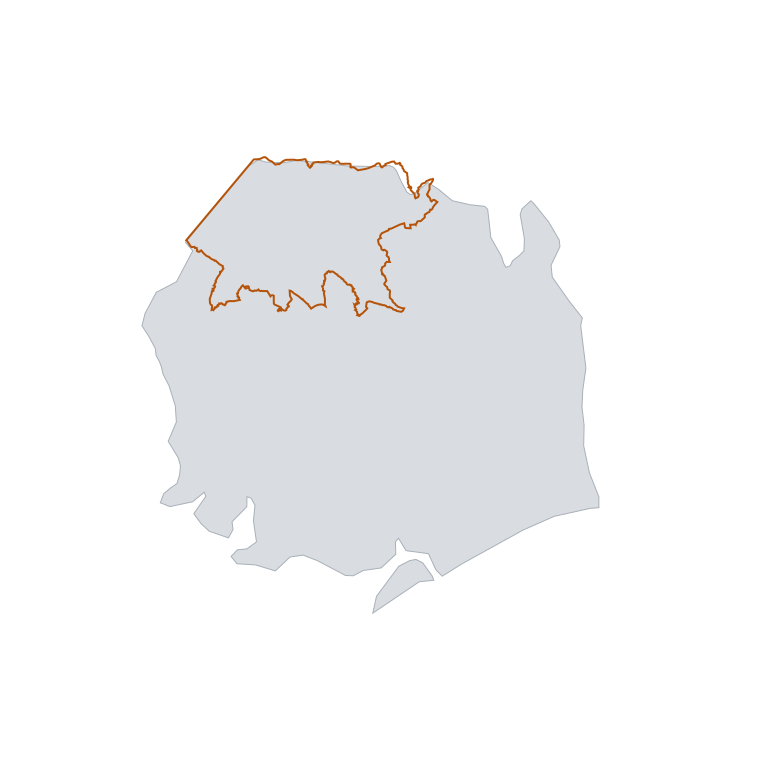 location of Koinadugu, Northern, Sierra Leone, rotated 310°
{"feature_id": "65957751B98964407864499", "entity_name": "Koinadugu", "entity_type": "district", "adm_level": 2, "iso_a3": "SLE", "parent_name": "Sierra Leone", "parent_adm1": "Northern", "projection": "albers", "projection_center": [-11.318, 9.329], "detail": "fine", "context": "in_parent", "style": "outline", "palette": "amber", "viewbox_px": 768, "rotation_deg": 310, "n_neighbors": 0, "source": "geoboundaries", "source_scale": "gbopen_adm2", "svg_char_len": 7717}
<svg xmlns="http://www.w3.org/2000/svg" viewBox="0 0 768 768"><g transform="rotate(310 384 384)"><path d="M618.8,378.7L618.4,383.6L613.9,406.3L606.9,425.7L602.3,430.5L582.4,435.6L574.0,444.2L566.7,471.8L562.1,493.4L555.2,497.1L526.0,528.4L506.9,540.3L493.6,550.5L481.0,563.8L465.0,576.7L448.0,598.4L435.7,621.1L427.4,628.1L421.1,621.7L392.0,599.4L361.3,584.3L296.0,559.2L274.2,552.1L275.0,543.3L282.6,527.1L270.5,508.0L275.2,494.2L270.5,494.2L261.1,502.5L241.2,500.0L228.0,488.1L217.3,483.7L212.6,477.6L205.8,446.3L200.9,432.0L191.0,423.2L171.0,420.9L162.8,401.8L151.8,386.9L153.6,377.7L162.7,378.3L169.7,385.0L181.1,387.8L195.4,371.8L208.1,363.2L211.1,355.6L209.6,351.4L201.8,357.8L180.8,356.1L175.5,361.9L166.1,363.7L158.9,344.9L159.4,333.8L162.4,321.7L183.6,319.7L185.5,315.8L170.8,313.1L152.5,298.8L149.2,289.0L158.4,285.8L167.1,287.3L174.6,289.4L182.8,286.0L190.5,280.7L195.2,273.8L201.4,255.5L221.4,249.4L233.1,238.2L244.3,220.8L249.5,208.5L254.1,202.4L257.0,197.2L259.2,191.3L264.2,186.0L269.4,173.0L273.0,161.2L284.5,155.6L307.9,150.6L328.9,159.3L363.1,151.9L364.9,140.8L396.2,140.6L433.2,140.5L464.0,140.3L474.6,143.3L478.5,151.5L488.6,164.5L499.2,173.5L512.4,193.2L527.7,216.1L544.3,236.7L554.9,248.0L556.1,251.9L555.4,256.3L550.2,266.9L545.7,278.3L546.2,282.6L549.3,284.7L566.6,288.2L568.2,300.9L568.3,318.5L576.7,334.8L584.8,346.9L584.4,351.2L564.8,371.8L557.2,392.2L553.4,398.0L551.8,402.5L555.8,404.7L561.1,403.3L568.7,405.0L576.0,405.6L585.5,398.2L601.4,379.4L606.8,377.1L618.8,378.7ZM267.9,544.2L265.6,548.3L255.2,538.1L201.3,522.7L216.6,514.7L254.0,512.5L265.2,517.2L270.1,521.2L271.9,528.6L267.9,544.2Z" fill="#d9dde1" stroke="#a8b0b8" stroke-width="1"/><path d="M571.1,290.7L572.4,290.0L572.5,289.6L571.7,289.4L570.8,288.2L566.4,286.0L564.8,286.2L562.1,284.5L560.1,284.5L559.0,284.9L556.4,284.1L555.1,285.7L553.7,285.3L553.4,286.1L552.6,285.9L551.8,287.8L551.8,288.5L551.2,289.2L549.3,290.0L546.5,288.8L546.9,287.7L549.2,285.2L549.7,279.8L550.9,278.7L551.7,278.9L552.2,278.4L552.1,277.9L550.7,277.8L550.5,276.3L551.9,276.4L552.7,274.0L553.8,272.5L554.8,272.2L555.8,270.7L557.8,269.0L558.7,267.7L560.4,266.2L560.0,262.7L561.2,260.3L561.2,259.5L562.2,258.6L562.5,257.5L562.3,255.4L562.7,255.0L563.3,254.9L563.5,253.9L561.6,252.9L560.3,251.3L560.9,248.7L559.3,247.1L553.5,243.7L552.6,244.6L551.8,243.9L548.6,243.2L548.5,242.1L550.0,238.9L549.5,237.8L548.0,236.8L545.5,236.5L539.7,233.5L536.7,231.5L530.9,226.6L530.8,222.6L530.2,220.9L528.6,219.5L528.7,218.6L529.8,218.1L530.9,217.1L530.7,216.1L525.1,209.6L524.5,208.2L525.2,205.9L524.2,204.7L522.0,204.1L520.7,203.2L518.7,198.3L513.8,193.7L511.4,190.4L508.3,187.6L507.4,188.1L506.5,187.6L505.4,188.2L504.8,187.9L504.5,188.3L504.2,187.9L503.3,188.5L502.1,188.3L502.6,184.9L503.4,184.9L504.2,181.9L504.9,182.0L504.8,181.0L505.7,179.5L505.1,178.6L502.9,176.9L499.7,173.8L497.9,170.8L492.9,165.0L490.5,163.6L485.0,162.4L484.2,161.1L482.6,160.2L482.2,159.6L482.4,155.2L481.4,152.0L481.6,148.9L481.4,147.1L480.1,145.9L477.9,145.0L475.9,143.7L472.3,139.9L367.0,140.1L367.1,140.8L365.8,145.6L365.3,146.2L365.2,148.5L367.3,150.8L366.7,151.8L367.8,153.1L367.0,153.9L366.8,154.7L365.7,155.1L365.7,156.1L366.3,157.4L367.2,157.8L368.2,157.7L368.9,158.2L368.2,161.3L368.0,165.9L368.6,167.1L368.5,168.0L369.0,168.9L368.7,169.8L369.0,172.3L369.9,174.3L369.5,175.0L370.3,175.9L370.0,180.9L370.7,184.8L369.4,185.7L369.2,186.8L365.7,187.2L365.4,186.8L364.7,187.0L364.4,186.4L362.9,187.6L358.9,187.8L354.5,188.8L354.1,189.8L352.0,189.9L351.1,190.4L350.0,190.3L350.3,191.4L350.0,192.1L347.8,192.3L346.8,191.4L346.3,191.8L347.0,192.0L346.9,192.5L346.1,193.3L345.5,193.5L344.2,192.6L342.7,193.7L337.2,195.8L334.2,198.6L333.4,200.3L333.7,201.4L333.0,202.4L329.9,204.4L330.6,204.8L330.8,205.7L331.3,205.5L332.1,205.9L333.0,205.3L333.9,205.9L334.3,205.4L335.3,206.3L336.8,206.7L336.8,206.0L337.6,205.8L339.5,206.8L339.9,206.7L340.0,206.3L341.5,207.8L341.6,208.6L341.2,209.0L342.0,211.2L342.4,210.9L343.0,211.5L344.0,211.1L345.1,211.1L345.8,210.5L346.4,210.9L347.3,211.9L348.1,212.2L351.1,215.9L355.7,219.5L356.3,217.6L357.0,217.5L357.2,216.6L356.6,216.6L357.0,215.3L357.8,215.1L358.8,213.3L359.8,213.8L361.2,212.9L363.5,212.4L364.4,212.7L367.3,212.2L368.9,212.5L368.1,216.5L368.6,216.9L369.3,215.4L370.1,215.6L371.6,217.3L371.5,217.9L370.8,217.9L370.3,218.3L370.6,219.2L369.6,220.6L370.7,223.9L371.6,224.6L372.3,224.6L373.5,226.4L375.7,227.1L375.3,228.3L375.7,229.5L376.6,230.2L377.1,231.2L380.1,234.8L378.2,240.7L379.3,240.6L380.4,241.6L380.8,242.8L375.1,247.6L374.5,248.8L376.3,255.6L374.2,255.7L373.7,255.2L372.7,255.3L371.9,255.5L371.9,256.3L373.6,256.6L374.2,258.1L375.7,257.6L375.9,259.6L376.3,260.7L377.1,261.4L378.1,261.6L378.8,260.9L381.3,260.8L381.9,261.3L382.5,261.1L382.6,259.1L384.9,258.8L387.6,259.1L389.6,258.9L391.0,255.4L394.9,251.7L395.5,253.0L395.6,254.1L395.6,257.2L396.2,261.4L396.3,265.7L396.1,266.6L396.7,267.1L396.4,267.6L396.2,271.1L396.1,273.8L396.4,274.3L395.5,276.4L395.6,277.2L394.9,279.7L399.5,281.1L402.4,282.7L405.0,285.2L405.8,287.0L406.0,289.1L406.9,287.6L411.2,284.1L414.9,279.6L416.8,278.7L416.4,277.1L417.9,276.1L419.1,273.7L420.1,274.3L422.2,273.7L422.2,273.3L423.0,273.1L424.5,271.8L425.0,272.4L425.7,271.8L427.0,271.5L428.4,269.4L429.6,268.3L431.4,268.4L432.0,269.1L433.3,268.5L433.8,268.9L434.4,268.9L434.9,270.3L435.3,269.8L435.6,270.7L436.2,271.6L436.8,271.8L437.3,273.0L437.5,277.2L437.9,277.9L437.5,278.5L437.4,279.9L437.8,282.0L437.5,284.1L437.9,284.3L437.8,286.0L437.2,286.8L437.3,290.0L436.8,290.6L436.6,292.1L437.2,293.0L438.1,293.7L438.0,294.8L438.7,295.5L438.0,296.6L438.0,297.8L437.5,298.3L437.6,299.8L436.5,299.7L436.1,299.3L435.3,300.1L435.7,300.1L435.2,302.6L435.5,303.0L434.9,304.1L434.1,304.3L433.7,305.6L433.8,306.6L432.7,308.6L433.1,309.1L432.5,310.0L431.8,309.4L431.6,308.7L431.2,308.5L430.9,308.8L430.2,310.8L430.4,311.2L430.0,312.7L429.7,312.8L429.5,312.3L428.8,312.1L428.7,311.5L427.5,312.0L427.0,311.1L427.5,310.6L427.4,310.0L427.3,310.5L425.9,311.4L425.6,311.4L425.6,310.6L425.0,311.6L424.2,311.9L424.1,313.0L423.2,314.4L422.4,314.3L422.7,315.0L422.2,315.0L422.0,316.9L420.7,318.3L420.7,319.7L419.6,319.5L420.4,321.5L422.2,321.4L424.0,322.0L429.6,322.6L431.3,322.5L431.4,321.0L431.9,320.4L435.1,318.5L435.6,318.3L437.8,319.5L439.2,322.0L439.9,324.4L442.0,328.6L442.2,329.9L443.1,330.5L443.4,332.1L444.6,333.6L445.2,335.7L445.0,336.8L445.6,338.1L446.4,338.4L446.3,338.8L446.7,339.2L446.6,339.7L447.2,340.7L447.3,342.4L447.0,343.2L448.3,345.8L448.0,346.6L450.4,350.8L452.1,351.4L454.9,350.8L453.6,348.8L452.1,344.8L452.4,343.5L452.0,342.3L452.6,341.1L452.5,338.5L452.7,337.4L453.5,337.0L453.8,333.0L456.8,330.4L459.0,329.0L459.4,328.1L458.9,325.8L460.2,324.2L460.4,320.6L461.0,319.7L464.7,319.4L467.3,315.0L466.9,313.9L467.4,313.4L467.7,312.0L467.1,312.6L466.8,312.0L467.9,311.1L469.6,308.5L471.3,308.2L472.0,307.5L475.4,308.7L477.1,307.4L479.3,307.6L481.2,310.0L482.2,308.0L483.4,307.2L484.1,305.9L483.9,304.5L484.2,303.3L486.9,301.9L487.4,301.1L487.2,298.2L486.6,297.6L486.0,297.6L485.6,296.2L485.7,295.2L486.9,294.1L487.6,292.5L487.7,290.6L488.6,289.1L490.4,286.9L491.8,286.9L493.9,287.8L494.2,286.5L495.3,285.7L498.1,285.4L504.9,288.7L506.0,288.1L507.6,289.6L516.5,293.8L520.1,296.2L517.4,299.6L517.6,300.6L520.4,304.3L522.8,301.7L525.0,304.2L526.2,305.0L526.2,305.9L526.7,305.5L527.5,305.9L529.9,305.1L531.3,306.1L532.3,307.4L536.9,308.0L538.0,308.1L539.5,306.6L540.8,306.5L541.7,307.1L542.8,307.1L544.9,308.2L547.2,307.3L547.6,308.1L549.1,308.5L550.9,307.9L553.1,307.7L557.7,307.9L557.4,304.4L556.8,303.4L554.4,303.0L554.4,302.0L555.6,300.4L556.3,298.4L556.0,297.2L556.3,296.2L556.8,296.2L556.9,295.1L562.6,293.7L565.7,290.9L567.8,291.1L571.1,290.7Z" fill="none" stroke="#b45309" stroke-width="2"/></g></svg>